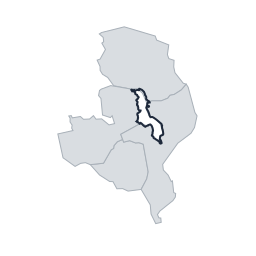 Malawi and the surrounding countries, rotated 347°
{"feature_id": "MWI", "entity_name": "Malawi", "entity_type": "country or territory", "adm_level": 0, "iso_a3": "MWI", "parent_name": "Africa", "parent_adm1": "", "projection": "mercator", "projection_center": [34.097, -13.263], "detail": "fine", "context": "with_neighbors", "style": "outline", "palette": "slate", "viewbox_px": 256, "rotation_deg": 347, "n_neighbors": 4, "source": "natural_earth", "source_scale": "50m", "svg_char_len": 5058}
<svg xmlns="http://www.w3.org/2000/svg" viewBox="0 0 256 256"><g transform="rotate(347 128 128)"><path d="M147.1,28.6L175.2,44.5L175.7,48.8L186.4,56.2L182.9,65.4L183.4,69.6L188.1,72.4L186.3,78.8L186.2,84.7L191.9,96.8L194.6,98.4L188.7,102.8L180.6,105.7L176.2,105.6L173.5,107.9L166.4,109.0L157.5,106.9L151.9,107.5L149.9,97.3L145.9,91.7L138.6,90.3L123.6,83.6L119.6,74.2L115.3,70.0L113.8,65.6L114.6,61.8L113.2,54.9L116.3,54.6L123.7,46.4L121.6,39.4L123.7,38.5L124.2,34.1L121.2,29.9L123.8,29.0L147.1,28.6Z" fill="#d9dde1" stroke="#a8b0b8" stroke-width="1"/><path d="M127.0,190.8L113.9,189.5L109.2,185.9L103.5,184.7L101.3,176.9L98.1,176.0L89.7,167.4L83.0,155.2L96.2,156.8L106.8,145.4L109.4,144.7L110.3,142.1L114.5,139.0L120.2,137.9L120.6,140.8L126.8,140.7L131.9,144.2L135.4,144.8L139.2,147.2L137.8,175.3L134.8,181.8L127.0,190.8Z" fill="#d9dde1" stroke="#a8b0b8" stroke-width="1"/><path d="M120.7,82.8L138.6,90.3L142.1,93.6L144.0,100.0L141.2,108.2L142.6,114.5L140.3,117.1L138.1,124.2L142.0,126.2L119.5,132.5L120.2,137.9L114.5,139.0L110.3,142.1L109.4,144.7L106.8,145.4L96.2,156.8L83.0,155.2L78.7,152.2L73.9,151.8L67.8,153.5L58.0,142.4L58.3,118.0L73.8,118.1L73.1,115.5L74.2,112.6L72.9,109.1L73.8,105.4L73.0,103.0L75.5,103.2L76.0,105.6L84.2,106.1L86.6,109.5L92.6,110.6L97.1,108.2L98.8,112.2L104.4,113.2L110.2,120.7L115.9,120.7L115.3,112.5L113.2,113.9L106.1,109.6L108.3,93.1L106.6,89.8L108.7,85.0L110.7,84.1L120.7,82.8Z" fill="#d9dde1" stroke="#a8b0b8" stroke-width="1"/><path d="M151.9,107.5L157.5,106.9L166.4,109.0L173.5,107.9L176.2,105.6L180.6,105.7L188.7,102.8L194.6,98.4L195.8,101.8L196.7,127.9L198.0,131.7L192.9,142.5L188.2,147.3L173.1,154.0L153.6,171.2L153.0,176.9L156.5,182.9L158.1,189.9L159.4,189.5L158.0,201.2L159.7,202.5L158.6,205.9L155.5,208.8L140.5,216.0L137.2,219.0L137.9,222.5L139.7,223.1L139.1,227.4L133.5,227.4L131.1,217.0L132.4,207.9L127.0,190.8L134.8,181.8L137.8,175.3L139.2,147.2L135.4,144.8L131.9,144.2L126.8,140.7L120.6,140.8L119.5,132.5L142.0,126.2L146.2,129.8L148.3,129.1L151.2,131.1L151.6,134.1L150.1,137.7L150.6,143.2L155.5,147.9L157.7,142.6L160.9,140.9L160.3,131.1L157.2,125.5L154.5,123.1L151.9,123.2L149.9,113.3L151.9,107.5Z" fill="#d9dde1" stroke="#a8b0b8" stroke-width="1"/><path d="M141.9,126.5L141.5,125.9L141.1,126.1L140.7,126.5L140.4,126.6L140.2,126.5L140.1,126.2L139.8,125.5L139.4,125.0L139.0,124.8L138.6,124.6L138.8,124.3L138.9,124.2L138.7,123.8L137.9,123.4L138.6,122.9L139.0,122.6L139.3,122.2L139.6,121.5L139.9,120.7L140.1,120.5L140.2,120.0L140.2,119.4L140.3,118.7L140.4,118.0L140.2,117.7L140.0,117.3L140.2,116.5L140.5,115.9L142.2,115.4L143.3,114.9L143.6,114.7L144.0,114.2L144.2,113.8L144.0,113.7L143.1,113.7L142.9,113.5L142.2,112.0L142.6,110.3L142.6,109.6L142.6,108.8L142.5,108.2L142.2,108.0L142.0,107.6L142.1,106.7L142.4,106.6L142.9,105.5L143.2,104.8L142.9,104.2L142.5,103.4L142.4,103.0L142.3,102.8L142.5,102.5L142.9,102.2L143.4,102.1L143.8,102.0L145.3,100.5L145.3,100.2L145.0,99.7L144.5,99.0L144.4,98.7L144.3,97.8L144.1,97.6L143.3,97.0L142.7,96.3L142.9,95.7L143.0,95.0L142.7,94.6L142.2,94.2L141.9,93.7L141.8,93.2L141.5,93.1L141.1,93.1L140.9,93.3L140.7,93.3L140.3,93.2L140.2,92.8L140.2,92.4L140.0,92.2L139.8,91.8L139.8,91.6L140.2,91.5L141.3,92.3L142.0,92.3L142.8,92.4L143.5,93.1L143.8,93.2L144.3,93.1L145.5,93.0L146.1,93.1L146.7,93.5L147.0,93.6L147.4,93.6L147.5,93.2L147.4,92.8L147.5,92.5L147.8,92.3L148.4,92.6L150.2,94.0L151.3,95.7L151.7,96.3L151.7,96.6L152.0,97.9L152.1,98.5L152.0,98.9L152.0,99.3L152.2,99.8L152.1,100.0L152.5,100.8L152.7,101.4L152.7,102.0L152.6,102.6L152.3,103.5L152.2,103.9L152.3,104.2L152.5,104.6L152.9,104.9L153.2,105.4L153.4,105.9L153.5,106.2L154.1,106.3L154.4,106.6L154.7,107.1L154.9,107.7L154.9,108.0L153.9,107.9L152.7,108.0L152.4,108.3L152.3,108.8L151.9,109.9L151.7,110.3L151.2,111.0L150.6,112.1L150.4,112.4L150.5,112.8L150.8,114.2L151.2,115.6L151.4,116.2L151.7,118.2L151.8,119.6L151.8,120.4L152.0,121.5L152.3,122.1L152.7,122.5L154.1,122.7L154.5,123.0L155.3,123.7L157.0,125.6L158.0,126.8L158.8,127.9L160.3,129.9L161.5,131.5L161.6,133.0L161.8,133.2L161.4,134.3L161.2,136.1L161.4,137.3L161.3,139.3L161.1,141.4L160.8,142.2L160.5,142.5L159.6,142.7L157.9,143.0L157.6,143.2L157.4,143.6L157.0,144.6L156.6,145.6L156.4,146.1L156.5,146.2L156.9,146.7L157.3,148.0L157.4,150.2L157.2,150.4L156.7,150.5L156.1,150.5L155.9,150.3L155.7,150.1L155.5,149.6L155.9,149.3L156.0,148.7L155.8,148.2L155.3,148.1L154.7,147.6L153.4,146.1L152.3,145.1L151.7,144.2L151.1,143.9L150.9,143.6L150.7,143.3L150.7,142.7L150.8,142.4L150.6,141.9L149.9,141.2L149.6,140.9L149.6,140.4L149.9,140.0L150.4,139.5L150.9,138.4L151.0,137.7L151.8,136.3L151.9,135.1L151.9,134.2L151.9,133.4L151.7,132.0L151.5,131.0L150.6,129.6L150.3,129.5L149.3,129.6L148.5,129.8L148.2,130.1L147.6,130.1L146.0,130.3L145.5,130.4L145.3,130.7L145.1,130.7L144.1,129.7L143.3,128.6L142.2,126.7L141.9,126.5ZM153.1,112.0L152.9,112.1L152.7,111.9L152.7,111.5L152.8,111.2L153.1,111.2L153.3,111.3L153.4,111.6L153.3,111.8L153.1,112.0ZM152.5,111.3L152.4,111.7L152.1,111.7L151.8,111.3L151.9,111.0L152.2,110.9L152.4,111.0L152.5,111.3Z" fill="none" stroke="#1e293b" stroke-width="2"/></g></svg>